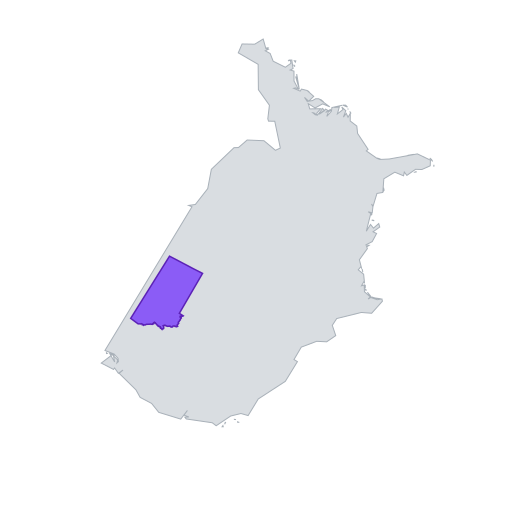 where Montana sits in United States of America, rotated 304°
{"feature_id": "USA-3515", "entity_name": "Montana", "entity_type": "State", "adm_level": 1, "iso_a3": "USA", "parent_name": "United States of America", "parent_adm1": "", "projection": "albers", "projection_center": [-112.826, 46.685], "detail": "fine", "context": "in_parent", "style": "filled", "palette": "violet", "viewbox_px": 512, "rotation_deg": 304, "n_neighbors": 0, "source": "natural_earth", "source_scale": "10m", "svg_char_len": 7264}
<svg xmlns="http://www.w3.org/2000/svg" viewBox="0 0 512 512"><g transform="rotate(304 256 256)"><path d="M395.2,165.0L416.1,150.6L414.5,127.7L424.0,125.9L430.9,136.5L439.9,140.6L433.4,148.3L434.2,150.6L431.3,148.9L431.8,154.5L427.1,161.3L428.9,174.8L435.3,177.2L437.5,175.1L435.7,173.5L437.0,173.9L438.5,176.1L432.1,181.9L429.3,180.3L430.5,184.1L422.3,189.7L418.1,197.6L417.5,194.8L416.1,193.5L417.4,200.4L419.8,200.4L421.8,205.8L420.6,214.6L413.8,213.1L414.6,207.5L412.8,212.0L416.4,215.9L419.7,217.5L421.5,220.2L420.9,233.7L419.4,226.2L411.8,222.2L411.5,214.1L408.0,218.3L414.3,227.3L408.5,226.5L407.1,227.6L407.0,223.8L406.5,222.9L406.2,226.1L407.1,228.2L415.6,228.7L415.0,231.2L410.3,229.2L408.9,229.2L414.7,231.5L416.7,231.5L416.9,234.4L413.9,233.5L419.0,235.7L418.4,236.6L416.0,235.4L411.3,236.6L418.2,237.6L421.5,235.9L429.2,243.2L422.9,237.8L426.0,241.8L419.3,244.0L426.0,246.2L427.5,243.8L426.7,249.2L420.0,250.8L424.7,251.1L422.5,254.7L427.0,254.4L420.6,258.6L420.1,266.9L414.4,271.7L407.1,289.3L404.8,288.7L404.6,301.8L405.3,304.7L410.9,312.2L430.9,332.7L433.0,347.0L428.2,350.0L420.4,345.1L417.1,339.8L407.2,336.0L408.5,332.0L405.0,333.5L403.1,324.2L391.5,318.8L379.6,325.6L375.5,321.3L362.8,325.2L363.7,322.7L362.2,325.4L356.8,328.2L355.4,324.3L355.4,327.4L338.2,333.6L346.2,333.3L344.8,337.8L351.5,339.6L349.2,342.4L341.5,339.5L342.1,343.4L332.9,344.3L326.8,340.9L324.4,344.2L310.7,343.8L304.5,350.8L306.0,348.9L301.7,348.5L301.1,355.4L294.0,361.3L295.6,359.7L290.3,360.1L292.5,361.9L287.0,365.9L286.0,373.6L283.0,373.0L285.8,374.4L287.5,380.9L290.8,384.4L289.2,386.1L273.2,383.9L268.1,374.9L249.3,357.9L241.2,358.0L234.6,366.6L224.4,362.6L219.2,354.0L205.8,344.5L191.4,345.4L191.6,349.4L168.5,350.4L138.7,337.8L119.3,338.7L117.0,331.6L109.2,324.5L93.0,317.9L93.3,313.0L81.9,289.3L82.6,287.1L85.0,290.3L83.8,285.3L89.6,285.5L78.7,284.8L72.0,262.8L75.4,251.9L74.0,239.0L77.9,231.3L82.2,208.2L87.1,209.5L81.8,207.5L84.1,201.4L82.3,201.3L80.7,187.6L92.2,191.5L89.1,198.1L93.5,193.7L92.5,199.5L89.5,200.5L91.5,201.0L94.0,198.9L95.4,193.1L93.2,183.6L261.0,175.4L260.3,171.9L264.8,176.9L284.9,178.3L302.9,170.5L333.5,177.2L336.1,180.8L347.2,183.8L356.0,198.1L354.5,213.0L359.1,215.8L378.2,196.2L374.8,191.0L376.3,189.1L388.5,182.8L395.2,165.0ZM426.2,190.7L429.6,188.0L418.4,198.7L426.9,188.5L426.2,190.7ZM93.4,189.3L94.6,193.2L94.4,193.8L92.6,190.7L93.4,189.3ZM290.3,383.3L287.2,377.9L286.7,374.6L287.7,378.0L290.3,383.3ZM434.5,148.2L435.4,149.9L434.7,149.9L434.5,148.2ZM327.4,342.6L328.1,343.8L326.4,343.1L327.4,342.6ZM99.0,324.1L100.9,323.5L101.0,323.8L99.0,324.1ZM96.9,323.4L96.1,324.3L95.5,323.4L96.9,323.4ZM435.6,180.2L435.2,181.9L434.8,181.8L435.6,180.2ZM287.2,371.4L286.6,374.2L288.3,368.6L287.2,371.4ZM424.6,325.8L428.5,329.9L424.1,325.5L424.6,325.8ZM108.5,329.4L109.2,330.9L108.4,329.5L108.5,329.4ZM434.2,347.4L433.2,349.6L434.4,345.3L434.2,347.4ZM431.2,246.0L430.6,248.6L429.6,243.5L431.2,246.0ZM92.2,186.1L92.1,187.2L91.5,186.6L92.2,186.1ZM292.8,363.0L290.2,364.7L292.8,362.6L292.8,363.0ZM439.3,178.6L440.0,179.9L438.7,180.2L439.3,178.6ZM108.2,333.4L108.7,335.2L107.9,333.6L108.2,333.4ZM289.7,365.9L288.7,366.8L289.5,365.5L289.7,365.9ZM421.9,222.5L421.6,225.9L421.6,221.4L421.9,222.5ZM303.9,352.1L302.3,353.6L304.5,351.2L303.9,352.1ZM405.4,303.0L406.0,305.1L405.2,303.8L405.4,303.0ZM427.7,254.4L427.3,255.1L428.2,252.8L427.7,254.4ZM384.0,323.5L382.2,325.4L381.3,325.4L384.0,323.5ZM355.8,328.1L355.6,328.6L354.3,329.0L355.8,328.1ZM414.8,340.9L415.7,342.2L414.3,340.8L414.8,340.9ZM351.2,332.9L351.3,334.3L350.4,331.9L351.2,332.9ZM430.6,352.9L429.5,353.5L431.0,352.4L430.6,352.9ZM421.9,206.9L421.8,208.5L421.8,206.2L421.9,206.9ZM429.6,249.6L429.1,250.4L429.0,250.5L429.6,249.6Z" fill="#d9dde1" stroke="#a8b0b8" stroke-width="1"/><path d="M134.2,187.0L207.5,184.4L207.7,186.2L210.4,210.9L211.6,220.7L211.7,221.4L165.6,224.5L165.7,229.2L165.4,229.1L165.1,228.8L165.0,228.6L164.9,228.5L164.8,228.4L164.7,228.4L164.6,228.2L164.6,227.9L164.4,227.8L164.4,227.7L164.0,227.2L163.9,227.0L163.6,226.8L163.4,227.0L163.1,227.1L162.9,227.2L162.9,227.3L163.0,227.5L162.8,227.8L162.7,227.9L162.7,228.0L162.7,228.3L162.7,228.5L162.8,228.5L163.0,228.6L162.8,228.8L162.7,228.8L162.4,228.6L161.6,228.6L161.2,228.8L160.9,228.9L160.7,229.0L160.6,228.9L160.4,228.7L160.0,228.6L159.9,228.7L159.7,228.8L158.9,228.9L158.6,228.8L158.4,228.8L158.1,228.8L158.0,228.7L157.9,228.7L157.7,228.6L157.3,228.8L157.2,228.9L157.2,229.0L157.0,229.5L156.9,229.6L156.7,229.6L156.4,229.5L156.1,229.5L156.0,229.4L155.9,229.4L155.1,229.3L154.9,229.2L154.6,229.3L154.4,229.4L154.0,229.8L153.9,229.9L153.9,230.0L154.0,230.3L153.9,230.4L153.6,230.1L153.3,230.0L153.2,230.0L153.0,229.8L152.8,229.6L152.8,229.4L152.7,229.3L152.7,229.2L152.8,229.0L152.8,228.9L152.7,228.9L152.5,228.7L152.3,228.3L152.3,228.2L152.5,228.0L152.5,227.9L152.3,227.6L152.3,227.4L152.2,227.3L152.1,227.1L151.9,226.9L151.8,226.7L151.7,226.6L151.5,226.4L151.4,226.3L151.2,226.3L150.8,226.5L150.6,226.5L150.5,226.3L150.3,226.2L150.0,226.0L149.9,225.9L149.8,225.5L149.7,225.4L149.6,225.2L149.8,225.1L149.9,224.9L149.9,224.6L149.9,224.4L149.7,224.1L149.5,223.7L149.4,223.5L149.4,223.4L149.2,223.4L149.1,223.2L148.9,222.8L148.9,222.7L148.7,222.5L148.5,222.4L148.4,222.3L148.4,222.2L148.3,221.9L148.2,221.8L148.1,221.7L148.1,221.4L148.1,221.0L148.0,220.9L147.8,220.8L147.8,220.7L147.8,220.4L147.8,220.2L147.9,219.9L147.6,219.7L147.5,219.4L147.6,219.1L147.5,218.9L147.4,218.9L147.1,218.7L146.9,218.4L146.6,218.1L146.3,218.0L146.3,218.4L146.3,218.5L146.2,218.5L145.8,218.9L145.6,219.0L145.3,219.3L145.1,219.5L144.9,219.5L144.7,219.6L144.6,219.8L144.3,220.0L144.2,220.0L143.9,219.9L143.6,219.7L143.3,219.3L142.9,219.2L142.7,219.2L142.8,219.0L142.8,218.9L142.7,218.7L142.9,218.5L143.0,218.4L143.1,218.2L143.1,217.9L142.8,217.6L142.8,217.4L142.7,217.3L142.7,217.2L142.8,217.1L142.9,216.9L143.1,216.6L143.5,216.6L143.8,216.3L143.8,216.2L143.6,215.9L143.6,215.7L143.7,215.4L143.3,215.2L143.3,214.9L143.2,214.8L143.2,214.7L143.4,214.3L143.4,214.2L143.1,213.8L143.1,213.7L143.5,213.5L143.6,213.4L143.5,213.0L143.5,212.8L143.4,212.7L143.5,212.5L143.6,212.3L143.6,212.2L143.8,212.0L143.8,211.9L143.8,211.6L143.8,211.4L144.0,211.1L144.0,210.9L143.9,210.7L144.1,210.4L144.2,210.2L144.2,209.9L144.3,209.8L144.2,209.6L144.3,209.6L144.3,209.4L144.3,209.1L144.3,208.9L144.2,208.9L143.7,209.0L143.4,209.1L143.2,209.1L142.8,209.2L142.6,209.1L142.3,208.9L142.3,208.7L142.5,208.5L142.4,208.5L142.3,208.3L142.2,208.2L141.9,208.3L141.7,208.5L141.5,208.4L141.6,208.1L141.5,207.9L141.3,207.8L141.2,207.8L141.0,207.5L140.8,207.4L140.7,207.3L140.6,207.2L140.6,206.8L140.6,206.6L140.4,206.3L140.1,206.0L139.9,205.9L139.7,205.6L139.2,204.9L139.1,204.7L138.9,204.4L138.7,204.2L138.4,203.9L138.3,203.7L138.2,203.6L138.2,203.4L138.0,203.2L137.5,203.0L137.1,202.9L136.9,202.5L136.8,202.4L136.5,202.1L136.1,201.7L135.8,201.6L135.7,201.6L135.7,201.4L136.1,201.3L136.2,201.2L135.9,200.8L135.9,200.7L135.7,200.5L135.6,200.4L135.9,200.3L135.9,200.2L136.0,200.2L136.0,199.9L135.8,199.6L135.8,199.3L135.8,199.1L135.7,199.1L135.5,198.9L135.5,198.7L135.4,198.6L135.2,198.5L135.2,198.4L135.0,197.9L134.9,197.7L134.6,197.4L134.4,197.1L134.3,196.9L134.2,196.8L134.0,196.5L133.9,196.4L133.8,196.2L134.2,187.0Z" fill="#8b5cf6" stroke="#5b21b6" stroke-width="1.5"/></g></svg>